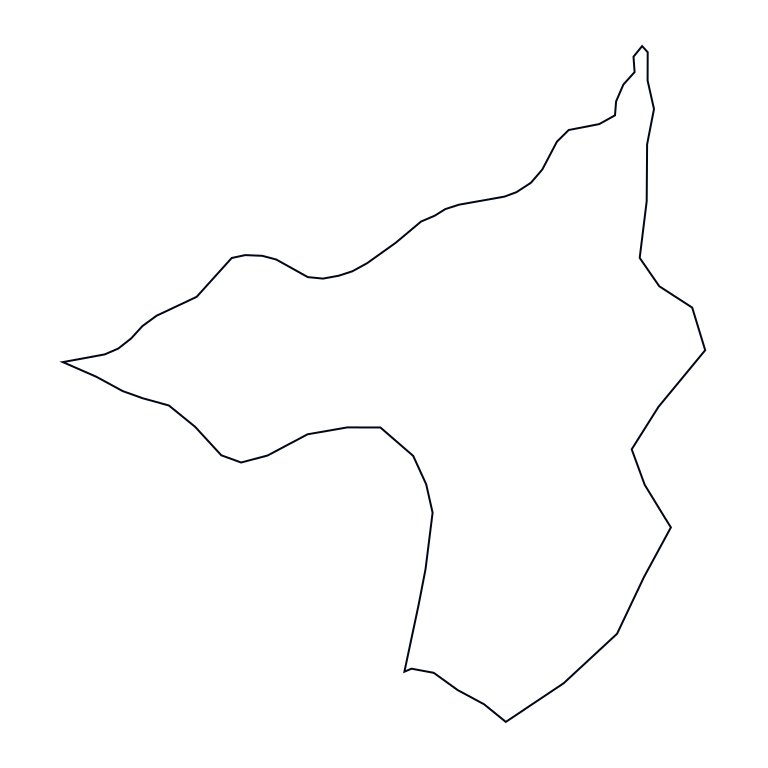 outline of Anju City, P'yŏngan-namdo, North Korea
{"feature_id": "82179303B77985943192226", "entity_name": "Anju City", "entity_type": "district", "adm_level": 2, "iso_a3": "PRK", "parent_name": "North Korea", "parent_adm1": "P'yŏngan-namdo", "projection": "albers", "projection_center": [125.736, 39.589], "detail": "fine", "context": "isolated", "style": "outline", "palette": "ink", "viewbox_px": 768, "rotation_deg": 0, "n_neighbors": 0, "source": "geoboundaries", "source_scale": "gbopen_adm2", "svg_char_len": 1018}
<svg xmlns="http://www.w3.org/2000/svg" viewBox="0 0 768 768"><path d="M642.1,46.1L633.5,56.7L634.6,72.1L623.4,84.5L616.1,101.4L615.0,115.3L599.2,124.1L568.7,130.0L556.9,141.7L542.3,169.5L531.0,182.7L516.4,192.2L504.5,196.6L474.7,201.9L458.9,204.7L445.3,209.1L434.7,215.7L421.1,221.5L395.8,242.7L367.1,263.2L352.3,271.3L338.8,275.7L323.0,278.6L307.8,277.1L276.2,259.5L262.2,255.8L245.2,255.1L231.7,258.0L196.7,296.8L156.6,315.7L142.5,326.0L131.2,338.4L118.2,348.6L104.7,354.4L62.8,362.1L96.4,376.8L122.7,391.1L142.5,398.2L168.9,405.5L195.1,426.8L221.3,455.3L241.1,462.5L267.6,455.5L307.5,434.3L347.3,427.4L380.4,427.5L413.2,455.9L426.2,484.3L432.6,512.7L425.5,569.4L418.6,604.9L404.4,671.7L411.5,668.7L433.7,672.8L457.7,690.1L484.1,704.3L505.8,721.9L563.7,683.2L617.1,633.7L644.0,577.0L670.9,527.4L665.2,518.3L644.7,484.8L631.7,449.3L658.5,406.8L705.2,350.2L692.2,307.6L659.3,286.3L639.7,257.9L646.7,201.2L647.1,144.4L654.0,109.0L647.6,80.6L647.7,52.2L642.1,46.1Z" fill="none" stroke="#020617" stroke-width="2"/></svg>